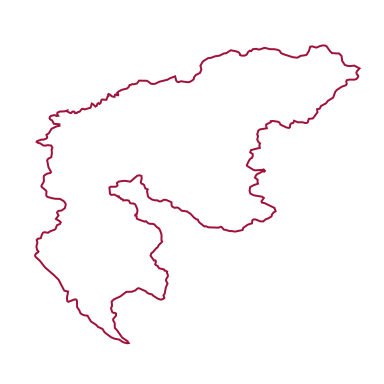 Formoso, Minas Gerais, Brazil (Equal Earth projection), rotated 94°
{"feature_id": "56859067B40805463906260", "entity_name": "Formoso", "entity_type": "district", "adm_level": 2, "iso_a3": "BRA", "parent_name": "Brazil", "parent_adm1": "Minas Gerais", "projection": "equal_earth", "projection_center": [-46.096, -15.072], "detail": "fine", "context": "isolated", "style": "outline", "palette": "rose", "viewbox_px": 384, "rotation_deg": 94, "n_neighbors": 0, "source": "geoboundaries", "source_scale": "gbopen_adm2", "svg_char_len": 6000}
<svg xmlns="http://www.w3.org/2000/svg" viewBox="0 0 384 384"><g transform="rotate(94 192 192)"><path d="M205.3,107.2L202.1,108.7L198.1,118.6L197.7,121.5L196.5,122.1L192.9,119.9L191.8,121.8L191.0,130.1L189.5,133.7L186.5,134.7L183.0,134.3L181.0,131.2L179.1,126.7L177.8,127.3L175.2,127.4L173.3,130.2L171.0,129.4L169.5,128.1L168.1,125.4L166.5,123.4L166.7,121.4L165.8,120.7L164.5,122.1L165.1,123.8L166.0,130.7L165.5,132.5L162.3,138.6L161.3,139.2L156.4,137.2L154.5,135.8L153.7,134.5L151.8,133.9L149.9,134.1L148.4,136.7L146.1,136.1L143.2,127.4L140.9,128.1L138.8,127.5L137.7,129.1L135.1,130.6L131.5,130.0L130.1,131.0L126.1,130.1L124.8,128.5L123.2,121.8L120.9,122.7L119.5,122.7L116.8,118.2L115.8,118.3L115.5,116.1L115.9,111.4L116.6,109.6L118.6,108.5L121.1,102.1L121.3,99.6L120.4,98.8L118.2,98.8L116.8,98.0L115.9,95.7L113.8,95.1L115.1,91.1L114.7,86.7L115.3,84.0L115.1,82.5L114.5,81.4L110.9,80.6L110.2,76.6L103.8,72.4L100.7,73.0L100.0,70.5L97.1,69.2L94.2,64.5L91.6,62.8L88.0,57.8L82.1,56.1L80.2,54.7L76.6,50.1L74.8,46.0L73.5,45.2L70.9,45.8L69.7,45.4L68.9,42.9L68.6,37.9L67.8,35.8L65.5,34.2L64.3,34.4L62.9,35.9L61.4,36.3L60.1,35.9L57.0,33.5L54.6,38.9L55.4,43.3L55.3,45.8L54.5,48.5L50.6,51.4L45.9,52.3L43.6,54.8L43.7,62.0L42.1,63.9L37.3,67.9L36.6,69.6L36.6,71.6L37.5,74.5L39.3,78.0L38.4,82.0L38.8,84.2L43.1,85.2L46.9,87.1L47.5,88.0L48.7,93.5L49.5,94.2L50.7,96.5L50.5,100.8L48.0,111.0L47.1,112.9L45.0,114.5L44.2,116.3L43.8,120.2L44.1,124.0L43.1,129.6L45.1,134.5L45.2,135.8L44.7,138.0L45.3,141.2L47.4,142.9L47.0,144.2L48.6,145.9L51.1,147.0L52.2,148.8L52.5,151.7L52.1,153.5L50.4,154.1L49.3,155.4L48.6,157.9L47.9,163.2L51.3,167.7L51.4,169.6L54.0,173.9L55.1,178.7L56.7,182.1L57.4,185.4L60.4,189.5L61.5,190.5L65.4,192.4L69.1,191.2L72.6,192.3L75.1,196.4L77.6,198.0L79.5,198.2L81.4,200.4L82.5,202.3L82.8,204.0L82.3,210.5L83.4,213.4L82.8,214.8L81.8,215.6L77.8,216.9L80.1,221.9L81.8,224.6L84.2,232.1L86.5,236.1L86.9,237.7L86.9,240.2L84.2,244.7L84.6,252.6L87.6,254.5L88.6,257.5L88.5,259.0L89.2,260.1L89.7,261.8L90.9,262.0L93.2,263.8L95.0,269.2L97.0,272.4L98.1,273.4L99.2,272.5L100.6,272.4L100.6,273.8L99.8,274.5L100.4,275.6L102.5,275.9L102.2,278.6L100.7,280.3L100.1,282.1L101.0,282.6L102.1,282.0L102.9,282.9L106.0,283.9L106.0,288.1L106.9,288.9L109.8,289.5L110.6,290.5L109.8,291.5L110.8,292.6L112.6,293.0L113.5,294.3L111.5,296.6L110.8,298.1L115.0,299.1L117.1,304.8L116.6,306.2L116.9,307.7L119.8,309.8L120.3,311.6L121.3,312.5L121.5,314.2L120.1,314.9L120.1,316.9L121.5,317.8L121.7,319.0L120.3,322.2L119.4,322.0L120.5,325.0L120.9,329.2L122.1,331.7L123.4,332.0L125.3,330.8L125.6,332.6L124.9,334.2L125.2,335.7L126.0,338.1L127.0,339.0L128.2,339.3L129.3,338.7L130.5,336.4L133.6,334.6L133.7,329.0L135.2,328.8L136.1,331.9L138.7,336.5L143.4,338.9L145.1,341.2L147.6,340.2L148.7,340.8L150.2,343.9L150.1,345.3L150.6,346.7L152.0,350.0L152.9,350.5L153.7,349.0L154.2,346.5L156.0,343.6L155.9,341.1L155.3,339.1L155.5,335.7L157.5,334.3L159.4,335.0L162.8,334.5L167.1,334.8L168.8,337.7L170.5,338.7L177.3,336.9L181.9,334.0L182.9,334.6L183.9,338.0L186.0,340.7L187.5,341.0L191.1,340.5L192.6,340.8L196.1,342.6L197.4,342.4L200.6,337.9L201.6,337.2L205.4,337.2L206.3,336.7L207.0,335.7L207.9,331.5L208.3,327.8L208.1,323.3L209.7,319.9L210.8,318.5L212.5,317.3L213.9,317.1L216.9,317.7L217.8,318.6L219.6,320.9L220.1,323.6L221.1,324.9L222.2,325.1L224.7,323.5L228.4,325.9L230.4,321.8L231.4,320.8L233.1,321.5L234.6,324.4L238.4,325.6L239.2,326.5L240.9,330.4L242.7,332.8L242.4,336.4L243.0,337.8L245.0,338.8L248.6,339.6L249.5,342.7L250.7,343.6L253.2,342.7L257.1,343.4L258.3,343.2L260.9,342.3L262.0,341.0L263.0,341.4L263.9,342.9L265.2,343.8L266.5,344.1L267.6,343.6L271.1,339.1L277.6,333.2L284.4,324.1L288.9,318.9L299.1,312.7L299.6,311.4L299.9,308.7L306.4,309.3L309.4,308.9L310.2,307.7L307.2,301.3L307.5,299.7L309.1,299.1L314.8,298.6L317.6,296.4L320.8,294.7L321.8,293.0L322.5,291.0L322.7,287.6L328.2,283.8L331.3,278.2L333.2,276.3L334.8,271.8L337.3,270.0L338.9,268.3L342.5,262.6L343.7,259.3L344.3,254.3L346.5,250.6L347.0,248.7L347.4,245.8L347.1,244.6L345.3,246.0L342.1,251.5L335.2,257.1L333.0,259.5L328.0,260.0L325.7,261.6L324.3,261.8L320.6,259.2L318.6,259.3L318.0,260.3L318.0,262.1L317.2,263.3L316.0,263.8L313.4,264.7L311.4,263.8L306.8,264.5L304.4,262.1L301.1,256.1L296.2,250.6L295.7,245.2L294.2,241.8L292.1,239.7L291.7,238.3L294.1,231.5L295.7,229.6L296.4,227.9L297.0,224.6L297.9,223.9L300.6,219.1L301.5,216.1L301.4,214.8L300.7,213.4L299.7,212.2L297.3,213.3L295.4,212.2L288.9,211.4L285.1,210.0L282.0,211.8L280.6,211.6L277.9,210.2L276.3,210.3L274.5,211.4L273.2,211.2L272.5,212.4L272.3,214.0L271.2,214.5L270.4,219.5L268.1,221.2L267.5,222.9L266.7,223.7L264.3,223.1L262.8,223.7L263.0,225.1L258.5,228.9L256.0,228.3L254.7,226.8L250.5,223.7L249.9,222.7L247.1,221.3L243.6,218.3L242.3,219.1L236.7,219.4L232.2,221.3L230.2,222.9L229.9,224.1L226.8,227.6L226.5,229.8L226.7,231.5L226.2,233.6L224.3,236.0L224.9,237.1L222.7,244.8L221.4,245.5L220.0,245.5L219.5,247.0L218.4,246.8L217.6,245.4L214.3,245.1L212.6,245.5L208.4,247.7L207.5,249.6L207.7,251.7L207.3,253.0L205.0,254.4L204.7,256.4L205.2,260.1L204.2,260.5L204.0,262.1L202.9,263.0L202.4,264.9L201.5,264.7L201.2,266.7L200.0,269.1L200.5,272.5L199.4,273.7L193.3,274.7L192.4,273.5L192.1,269.0L191.7,267.7L190.7,266.8L188.1,267.5L186.6,265.5L185.5,260.0L186.0,254.2L179.6,247.8L179.0,245.4L179.5,243.6L182.0,243.1L186.0,243.8L187.2,242.9L187.5,241.6L188.3,240.4L191.8,238.7L192.5,236.4L194.4,236.9L199.2,235.7L200.3,234.9L202.3,231.4L202.9,228.3L202.7,226.1L203.7,223.8L203.4,222.1L201.7,219.5L201.7,217.3L203.6,211.8L206.9,211.4L208.2,210.4L209.0,208.1L208.5,206.2L208.8,204.5L211.4,201.0L211.7,195.9L213.8,192.0L217.1,188.5L218.9,185.9L219.0,184.4L221.6,182.9L225.5,177.3L225.2,175.9L226.1,172.9L225.7,163.0L224.6,160.7L225.6,159.2L227.1,158.0L228.4,151.1L228.2,149.8L228.5,146.2L226.4,138.9L224.2,138.4L221.6,135.2L220.5,133.7L219.1,130.0L216.0,129.8L215.1,128.7L214.9,126.8L216.5,121.8L216.4,119.0L214.1,116.6L212.9,113.9L210.8,111.0L208.8,110.6L206.8,109.3L205.3,107.2Z" fill="none" stroke="#9f1239" stroke-width="2"/></g></svg>